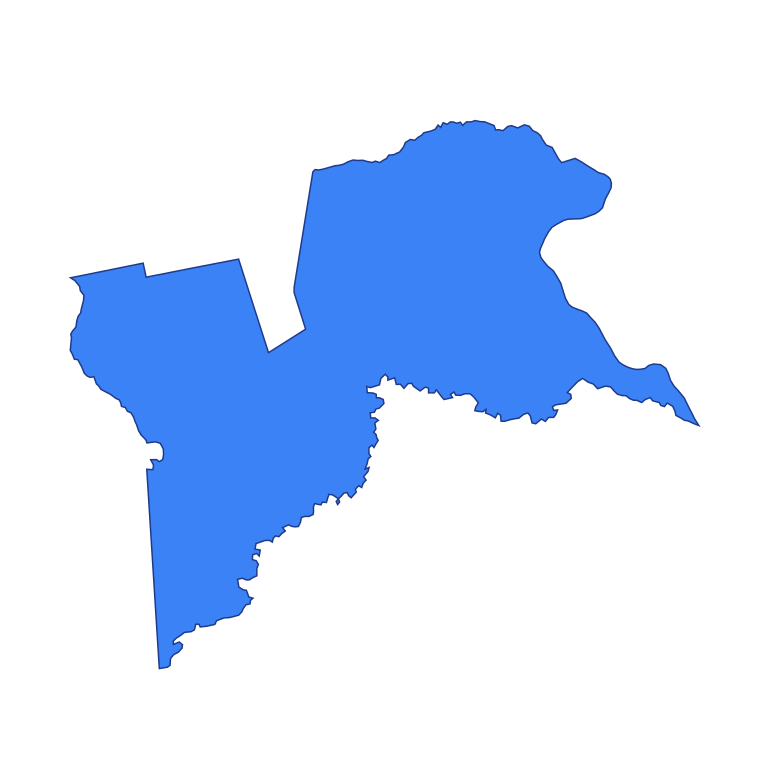 outline of Britânia, Goiás, Brazil, rotated 82°
{"feature_id": "56859067B24733519848985", "entity_name": "Britânia", "entity_type": "district", "adm_level": 2, "iso_a3": "BRA", "parent_name": "Brazil", "parent_adm1": "Goiás", "projection": "mercator", "projection_center": [-51.172, -15.205], "detail": "fine", "context": "isolated", "style": "filled", "palette": "blue", "viewbox_px": 768, "rotation_deg": 82, "n_neighbors": 0, "source": "geoboundaries", "source_scale": "gbopen_adm2", "svg_char_len": 5256}
<svg xmlns="http://www.w3.org/2000/svg" viewBox="0 0 768 768"><g transform="rotate(82 384 384)"><path d="M187.2,163.3L189.5,177.3L185.5,179.8L173.1,184.6L170.0,190.1L163.6,193.2L159.9,194.4L156.5,197.3L153.9,201.3L148.9,204.3L146.9,208.9L149.0,215.9L145.9,221.8L146.2,225.6L149.7,230.9L148.1,235.1L148.0,238.1L143.3,239.1L138.3,248.0L137.6,252.1L135.8,257.2L136.6,261.0L135.9,265.8L138.8,270.2L135.4,271.9L135.9,275.8L134.2,278.8L133.7,281.9L135.6,285.1L133.5,289.1L137.8,292.2L135.1,294.4L138.9,297.8L140.1,302.5L140.7,309.5L142.9,312.2L144.5,315.9L146.9,319.6L145.5,323.8L147.8,329.2L151.8,331.5L154.2,333.9L156.4,336.2L158.3,342.8L158.0,347.4L161.0,350.1L162.2,353.2L164.1,357.4L162.1,361.6L163.0,364.8L161.4,369.5L159.5,373.8L159.0,378.9L157.9,383.5L159.0,388.8L160.7,393.6L161.2,398.5L161.0,402.0L161.7,406.7L162.7,414.1L163.0,418.7L162.1,422.5L164.0,424.9L275.6,459.5L280.8,460.3L318.8,454.0L336.9,494.0L271.2,505.3L240.1,510.6L242.5,557.3L245.1,604.7L230.8,605.7L235.2,679.6L238.6,675.7L244.8,671.9L249.4,671.7L254.4,668.8L259.7,670.0L267.8,673.4L271.4,674.5L274.3,677.4L278.4,679.3L284.8,681.2L288.1,685.0L291.2,687.3L294.6,687.0L301.6,688.7L307.0,690.0L311.3,688.4L316.3,687.2L317.3,683.8L325.4,680.8L331.6,679.3L334.8,676.8L336.5,674.2L336.5,670.2L343.8,668.8L346.2,666.8L349.8,665.1L352.8,661.1L356.0,656.5L360.8,651.7L362.9,648.4L366.0,647.3L369.6,647.1L371.3,643.4L375.2,641.9L377.5,638.4L382.5,636.4L386.2,635.8L389.7,634.7L396.2,633.5L400.7,631.6L403.1,629.8L406.2,627.6L409.4,626.9L409.4,622.9L409.5,618.3L411.6,613.8L417.5,611.6L423.2,612.1L428.0,613.6L429.6,617.4L427.2,619.8L426.5,625.6L432.2,623.5L436.7,624.8L435.4,630.8L634.5,646.1L634.3,637.9L632.8,635.0L626.1,633.6L622.7,629.9L620.9,624.9L617.5,620.8L614.2,619.8L611.0,622.7L612.6,628.8L609.2,628.4L606.6,624.8L604.7,620.5L602.2,616.2L602.4,609.4L601.0,605.9L595.7,603.9L596.1,600.7L599.0,599.8L599.2,592.9L598.5,584.9L595.1,582.8L593.4,575.1L593.8,569.5L593.3,565.0L592.7,560.1L589.9,556.6L586.5,554.4L583.4,551.4L583.1,547.3L579.6,546.3L577.9,543.6L576.1,547.5L569.1,549.0L568.2,552.2L564.8,556.0L560.2,556.1L557.1,556.2L556.6,551.4L558.9,547.5L559.2,544.3L557.8,541.6L556.2,536.6L549.0,535.6L545.1,533.5L541.2,535.2L539.6,538.7L534.9,537.9L534.1,533.7L537.0,531.5L531.2,529.7L529.5,534.7L524.2,532.9L522.4,523.4L522.9,519.2L525.0,516.6L521.4,515.1L519.3,512.7L520.6,509.4L517.9,506.1L515.8,502.2L512.1,504.4L510.2,498.0L512.0,495.3L513.0,492.4L513.2,488.6L509.4,486.0L504.7,484.4L504.1,480.7L504.7,476.8L503.3,472.3L499.9,471.4L496.1,471.1L492.7,469.2L493.9,466.4L494.9,463.3L492.4,461.5L493.3,457.5L489.2,455.7L485.6,453.9L486.7,450.2L491.3,445.1L489.5,442.4L486.4,438.8L486.5,435.5L489.6,434.6L492.1,432.4L487.2,426.5L484.2,427.0L481.2,423.2L483.4,420.5L479.2,418.3L476.7,415.1L472.9,417.1L468.5,412.1L464.6,410.4L465.6,414.6L461.0,412.0L456.0,410.1L453.9,407.1L450.9,408.6L445.0,407.8L442.9,404.4L445.5,402.8L441.9,400.1L439.0,397.6L436.1,398.7L432.8,398.9L430.4,401.0L427.5,398.3L421.3,398.5L419.2,394.6L416.3,397.7L415.8,401.8L410.6,401.7L410.6,397.4L407.7,395.6L407.2,392.0L403.3,386.8L399.2,386.9L397.1,390.3L396.6,393.4L393.1,393.2L391.4,396.1L390.3,401.8L384.0,401.4L385.7,398.3L384.2,388.6L378.0,386.3L374.5,381.4L377.8,379.1L380.7,379.7L379.4,372.6L386.1,371.9L386.6,367.7L391.1,364.9L386.9,360.1L387.3,356.3L390.3,355.2L395.9,349.2L392.8,343.5L394.3,340.5L399.0,341.1L399.8,335.3L397.0,333.0L404.5,328.8L407.7,326.7L407.0,318.0L403.5,319.7L401.7,315.7L405.0,314.6L405.9,309.7L404.9,305.2L405.7,300.1L409.4,296.9L415.8,293.2L419.2,296.1L423.0,297.8L424.1,294.8L425.2,290.1L423.3,286.5L426.8,287.5L429.6,282.6L433.0,278.5L428.8,275.4L431.1,273.0L437.2,273.2L437.7,269.8L436.9,264.1L436.6,259.8L436.6,255.2L433.5,250.0L432.7,245.5L435.9,243.6L443.1,242.8L444.5,239.3L440.6,233.0L443.5,229.4L440.0,225.7L440.7,220.6L438.2,218.1L433.9,215.7L433.7,219.7L429.9,220.3L428.5,216.7L428.4,206.5L424.4,200.6L420.2,200.5L418.0,203.7L415.1,200.2L412.9,197.4L408.8,192.2L406.1,186.5L410.6,181.6L413.2,176.7L418.4,173.1L416.9,165.0L418.4,160.0L423.1,157.0L426.5,154.3L428.6,149.8L429.3,145.9L432.5,143.0L434.8,139.2L435.4,135.8L438.2,131.4L435.7,127.4L434.5,122.2L438.0,120.4L440.6,114.1L443.8,112.8L445.4,109.4L442.3,106.2L446.3,101.2L451.5,99.6L455.7,99.3L458.8,95.0L461.7,91.6L462.9,88.0L466.1,83.1L469.0,78.0L461.9,81.2L455.2,83.4L451.3,84.8L448.0,85.9L439.7,88.6L432.3,93.1L426.5,97.0L420.3,99.8L413.2,101.0L407.7,102.8L403.3,107.4L401.7,114.3L402.5,119.3L404.9,123.2L405.1,127.2L404.8,131.6L403.6,135.5L401.5,139.9L398.4,144.5L395.2,148.1L388.5,151.6L380.1,154.6L370.8,158.9L359.2,163.0L352.2,166.4L346.9,170.2L342.0,173.4L339.0,178.0L336.4,183.0L334.0,187.0L330.9,190.0L324.3,192.4L314.4,194.1L308.9,194.9L301.9,197.7L295.6,200.5L290.1,205.5L283.6,209.5L280.6,211.0L275.4,211.7L272.0,210.4L269.1,208.7L265.9,206.7L262.6,204.8L256.1,199.8L252.2,195.9L249.9,190.9L247.0,183.1L246.4,178.8L246.9,173.7L247.7,165.9L247.1,161.8L245.6,154.8L244.8,151.3L242.7,146.9L239.8,143.0L236.2,141.3L231.6,139.0L225.8,134.8L221.3,131.8L217.0,130.9L212.8,131.4L210.2,133.1L206.9,136.8L204.4,142.5L201.3,145.9L197.6,150.5L195.6,152.9L192.0,157.0L189.7,160.0L187.2,163.3ZM491.3,445.1L493.7,447.7L496.9,446.7L494.7,444.4L491.3,445.1Z" fill="#3b82f6" stroke="#1e3a8a" stroke-width="1.5"/></g></svg>